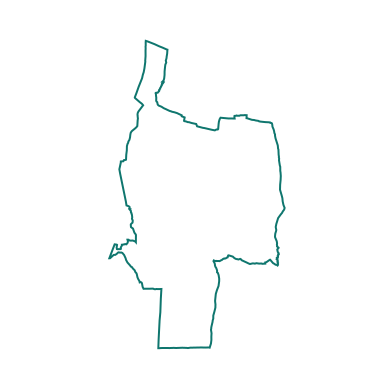 Padina, Mehedinti, Romania, rotated 81°
{"feature_id": "2599482B34758771850495", "entity_name": "Padina", "entity_type": "district", "adm_level": 2, "iso_a3": "ROU", "parent_name": "Romania", "parent_adm1": "Mehedinti", "projection": "orthographic", "projection_center": [23.0, 44.441], "detail": "fine", "context": "isolated", "style": "outline", "palette": "teal", "viewbox_px": 384, "rotation_deg": 81, "n_neighbors": 0, "source": "geoboundaries", "source_scale": "gbopen_adm2", "svg_char_len": 5991}
<svg xmlns="http://www.w3.org/2000/svg" viewBox="0 0 384 384"><g transform="rotate(81 192 192)"><path d="M244.5,284.0L244.6,283.3L241.9,279.2L241.9,278.8L242.1,277.7L242.0,277.4L241.3,276.0L240.2,274.4L240.1,273.8L240.6,272.7L240.7,271.3L241.3,270.3L242.8,269.4L243.6,268.9L247.2,267.9L248.6,267.8L251.5,266.8L254.9,264.6L256.0,264.1L257.0,262.9L258.1,262.5L260.3,260.9L262.4,260.4L263.3,259.7L264.4,259.4L267.8,259.2L269.7,258.7L271.7,257.9L273.1,257.8L272.9,256.8L273.4,256.2L273.7,255.9L274.5,255.7L278.0,255.6L280.0,255.0L281.3,246.2L281.3,245.7L281.8,244.9L282.1,244.3L282.3,243.0L282.2,242.4L282.6,240.7L283.0,237.4L292.6,239.5L305.9,242.1L313.8,244.1L332.3,248.0L341.0,249.7L341.1,249.1L341.2,248.3L341.2,247.7L341.5,245.2L342.2,240.9L342.6,238.7L343.1,234.4L343.6,232.1L344.3,226.0L345.1,221.9L345.5,220.4L345.5,218.1L347.0,207.2L347.8,202.8L348.1,200.2L348.3,199.3L348.5,198.9L344.7,197.0L341.2,196.0L337.8,195.5L334.6,194.8L331.0,194.8L330.0,194.4L329.0,194.2L327.6,193.7L323.7,192.1L322.0,191.6L320.4,190.8L317.4,190.3L313.7,188.6L309.9,187.0L306.7,186.4L304.0,186.3L303.0,186.2L296.3,184.4L292.8,182.7L289.0,180.5L284.3,179.1L281.9,178.7L278.3,178.7L276.0,179.1L275.3,179.8L273.5,179.5L272.8,179.6L270.8,180.0L269.5,180.6L268.0,180.8L267.0,180.7L265.9,180.8L263.6,181.6L263.0,181.1L263.8,180.4L263.8,179.2L263.9,178.6L264.1,178.4L264.2,177.1L264.6,175.5L264.1,174.3L263.8,173.1L263.1,172.0L262.7,170.7L262.9,170.4L262.8,169.9L262.9,169.7L262.8,169.0L262.5,168.3L262.2,167.9L262.2,167.1L261.2,166.5L260.7,166.4L260.3,166.1L260.3,165.7L262.2,161.8L264.0,160.4L265.1,158.9L265.5,157.5L265.9,156.9L265.9,156.5L265.6,154.9L266.0,154.3L266.5,153.9L267.1,153.7L270.1,149.2L271.5,147.2L272.2,146.0L272.0,143.2L272.3,141.9L272.6,141.1L272.4,139.5L273.2,137.0L273.5,134.5L273.9,133.9L274.2,130.8L273.1,130.7L273.1,130.4L272.8,129.2L271.1,125.7L271.1,125.4L274.4,123.4L275.1,122.9L275.8,121.9L276.6,121.2L277.0,120.6L277.1,119.8L278.0,119.0L277.6,118.6L277.0,118.6L276.7,118.3L276.0,118.4L275.5,118.1L274.4,118.6L274.0,118.1L273.7,118.0L272.9,118.1L272.2,118.6L272.1,118.1L271.4,118.0L271.2,118.0L270.9,118.5L270.5,118.7L270.3,118.6L270.4,118.1L270.3,117.9L270.4,117.7L269.9,117.3L268.9,117.1L268.6,117.3L268.4,117.0L267.9,116.7L267.0,116.7L266.8,116.3L266.8,116.0L265.9,116.0L265.0,116.5L264.4,116.7L262.4,116.8L262.3,116.6L261.9,116.6L260.7,115.2L260.3,115.4L260.1,115.8L259.3,116.2L259.1,116.5L258.3,116.3L257.4,116.4L256.0,116.0L253.9,116.0L249.8,117.0L249.1,117.0L247.4,116.6L246.0,116.2L243.8,115.1L242.7,114.7L240.0,114.8L239.0,114.6L238.4,114.3L236.7,113.7L234.3,112.5L231.8,111.3L231.1,110.9L228.1,107.9L226.6,106.2L225.4,105.4L224.4,104.3L223.7,103.7L222.2,103.0L219.1,103.7L215.5,103.9L212.2,103.7L210.0,103.9L203.5,104.7L198.6,103.8L194.0,102.6L190.1,101.8L186.6,101.5L184.9,101.5L180.9,100.9L179.6,101.1L174.2,101.1L172.6,100.7L171.3,100.8L170.5,100.6L168.8,100.6L163.6,100.0L162.6,100.2L159.6,100.0L158.7,100.1L152.1,101.1L149.5,101.2L148.1,101.0L146.6,101.4L144.6,101.4L142.9,101.6L140.1,102.3L138.2,102.2L136.8,102.3L136.4,102.6L136.0,103.4L136.0,103.8L135.5,104.0L135.2,105.1L134.4,108.8L133.2,113.3L132.9,114.1L132.8,114.6L132.4,114.9L132.1,115.4L131.3,117.9L130.6,119.4L130.1,121.5L128.6,124.4L128.3,125.1L127.8,125.8L127.6,126.6L124.7,126.0L124.3,127.8L124.3,128.9L123.8,132.2L124.1,133.3L123.9,134.5L123.8,135.2L123.4,136.1L123.6,136.5L123.5,138.1L124.5,138.4L126.1,138.4L125.0,144.8L123.1,152.2L124.4,153.3L126.7,154.4L128.7,155.0L133.9,156.3L134.1,156.5L134.3,156.8L134.1,158.0L134.5,159.4L134.6,159.5L134.7,159.8L133.6,162.8L130.8,169.7L130.3,171.3L127.9,176.7L125.5,177.2L123.8,181.6L122.6,184.0L122.3,185.3L121.4,186.8L120.8,188.5L120.6,188.7L120.3,188.7L117.2,187.6L115.6,190.3L115.3,190.4L114.6,190.2L112.8,192.9L111.8,194.3L110.5,196.9L109.6,199.2L108.8,200.5L108.7,200.9L108.5,201.3L106.8,203.8L106.1,204.8L104.8,206.8L103.0,208.8L101.4,211.4L100.6,212.0L100.2,212.2L97.8,212.3L97.1,212.9L96.3,213.1L93.1,212.5L91.6,212.5L89.2,212.3L88.7,212.5L88.5,212.4L88.4,212.2L88.4,211.3L88.6,210.4L88.2,210.0L87.6,209.2L87.3,208.8L86.9,208.8L86.8,208.5L86.6,208.4L86.3,208.6L86.1,208.5L86.1,208.2L85.6,208.0L85.1,207.5L85.0,207.3L84.5,207.3L84.4,207.2L83.6,206.4L83.1,206.1L82.8,206.1L82.5,205.7L82.1,205.2L81.5,205.2L81.4,205.0L80.4,204.7L80.6,204.3L80.5,204.1L79.0,202.7L78.4,203.4L78.3,203.8L77.8,203.1L77.0,202.4L75.4,201.7L72.1,200.8L68.6,200.2L64.4,199.1L62.0,198.4L60.1,197.2L58.0,197.3L57.3,196.9L55.7,196.2L54.5,195.9L51.5,194.9L47.6,194.0L47.4,194.5L44.8,198.5L42.9,201.7L40.1,205.9L36.4,212.2L35.5,214.0L36.7,214.3L40.1,214.8L41.0,215.1L43.4,215.4L44.6,215.7L50.5,216.6L55.2,217.7L55.9,217.7L62.6,219.7L66.2,221.0L68.5,222.2L71.8,223.5L79.7,228.2L85.8,231.5L89.6,233.7L90.0,233.7L90.7,233.2L95.0,229.6L97.0,227.7L98.7,226.7L104.2,232.4L105.6,233.3L107.4,233.8L108.2,233.7L109.2,233.9L110.8,233.9L112.9,234.5L118.3,235.7L118.5,236.0L119.2,236.6L120.4,238.4L122.2,241.5L122.8,242.3L124.0,243.3L125.9,244.0L128.2,244.6L129.9,245.3L130.9,245.8L132.1,246.9L133.5,247.4L134.3,248.1L136.5,249.1L140.8,249.9L144.9,251.1L149.7,252.1L149.9,252.3L149.9,254.3L150.9,255.0L150.7,257.5L152.0,257.8L158.2,260.2L162.9,260.1L191.1,258.8L195.0,258.8L195.8,257.4L196.2,256.7L197.0,256.0L197.5,256.0L198.4,256.3L198.7,256.7L198.9,256.7L199.2,256.5L199.2,255.7L199.3,255.5L200.0,255.9L200.3,255.9L201.2,255.3L202.5,255.5L203.5,255.0L203.9,255.2L205.0,254.9L207.6,255.0L209.1,255.5L210.7,255.0L212.3,255.3L213.0,255.6L213.9,257.0L214.4,257.5L215.9,257.7L217.2,257.7L218.9,256.0L222.9,255.3L223.5,255.1L224.9,254.3L225.7,254.1L232.8,255.3L232.0,255.8L231.1,257.3L230.7,258.1L230.3,260.7L230.1,261.2L229.9,261.7L229.3,262.0L229.1,262.4L229.0,263.2L230.6,263.0L232.0,263.5L232.7,264.1L233.0,264.7L233.4,265.0L233.3,265.4L233.1,265.5L233.0,267.1L233.2,267.3L233.2,267.6L233.1,269.5L233.9,269.6L235.6,271.0L237.0,271.1L237.2,271.6L237.2,271.9L236.8,274.6L236.6,275.1L235.0,275.1L232.5,274.3L232.2,274.6L231.6,276.6L244.5,284.0Z" fill="none" stroke="#0f766e" stroke-width="2"/></g></svg>